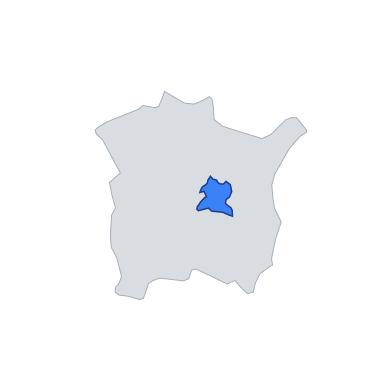 Mališevo on a map of Kosovo (orthographic projection), rotated 223°
{"feature_id": "KOS-5911", "entity_name": "Mališevo", "entity_type": "District", "adm_level": 1, "iso_a3": "XKX", "parent_name": "Kosovo", "parent_adm1": "", "projection": "orthographic", "projection_center": [20.745, 42.495], "detail": "fine", "context": "in_parent", "style": "filled", "palette": "blue", "viewbox_px": 384, "rotation_deg": 223, "n_neighbors": 0, "source": "natural_earth", "source_scale": "10m", "svg_char_len": 1519}
<svg xmlns="http://www.w3.org/2000/svg" viewBox="0 0 384 384"><g transform="rotate(223 192 192)"><path d="M120.3,143.6L136.6,138.3L139.0,134.5L135.3,126.4L137.5,121.3L157.0,106.9L160.2,100.3L161.4,95.2L158.8,89.7L155.1,81.1L156.9,77.5L167.0,72.6L175.2,66.8L180.0,66.4L183.0,70.5L183.0,74.8L185.7,82.0L191.7,85.9L201.8,92.3L213.4,96.6L222.6,105.2L235.2,120.6L237.1,128.3L248.4,135.1L258.9,142.7L257.4,157.1L293.2,169.2L301.2,169.0L305.1,171.2L305.0,174.4L302.3,184.5L287.9,215.4L286.8,221.8L276.3,228.6L274.9,232.4L278.0,240.9L280.8,246.8L280.6,246.8L258.0,251.9L250.4,257.8L245.9,268.1L244.5,273.4L240.5,273.5L233.8,268.3L225.3,260.1L214.4,260.9L177.2,278.8L173.5,288.2L172.7,308.6L170.1,314.1L166.1,317.6L150.6,315.4L149.0,314.0L151.0,306.2L150.3,289.2L143.4,260.9L138.5,251.6L128.3,242.3L120.4,236.3L106.2,230.8L99.1,215.2L88.4,197.5L83.2,193.5L84.1,191.7L86.6,178.4L83.6,168.7L78.9,160.4L82.2,155.5L92.2,155.6L100.4,156.6L103.4,148.7L120.3,143.6Z" fill="#d9dde1" stroke="#a8b0b8" stroke-width="1"/><path d="M174.6,182.7L176.7,182.7L178.1,184.8L178.3,187.3L179.0,190.7L178.9,196.3L178.1,198.2L179.5,198.9L183.6,200.7L185.9,197.0L186.9,199.1L187.9,202.8L186.9,207.0L186.9,208.8L188.6,212.0L189.2,216.1L185.5,215.7L182.1,217.5L179.8,216.6L177.1,217.0L174.4,219.3L174.4,223.0L169.0,223.5L166.3,221.6L163.2,219.3L161.2,213.8L161.9,209.7L159.9,206.5L156.8,206.5L152.8,207.0L150.1,206.0L145.9,201.9L149.5,200.3L155.9,198.0L164.6,191.4L169.0,191.4L174.6,182.7Z" fill="#3b82f6" stroke="#1e3a8a" stroke-width="1.5"/></g></svg>